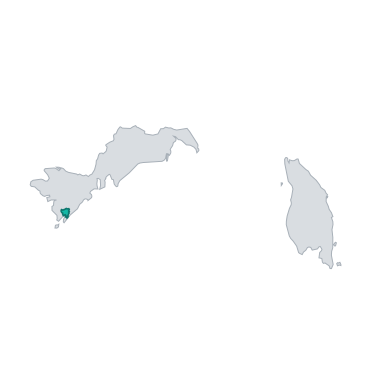 location of Kota Marudu, Sabah, Malaysia, rotated 191°
{"feature_id": "92858781B52597028656426", "entity_name": "Kota Marudu", "entity_type": "district", "adm_level": 2, "iso_a3": "MYS", "parent_name": "Malaysia", "parent_adm1": "Sabah", "projection": "natural_earth1", "projection_center": [116.764, 6.454], "detail": "fine", "context": "in_parent", "style": "filled", "palette": "teal", "viewbox_px": 384, "rotation_deg": 191, "n_neighbors": 0, "source": "geoboundaries", "source_scale": "gbopen_adm2", "svg_char_len": 5480}
<svg xmlns="http://www.w3.org/2000/svg" viewBox="0 0 384 384"><g transform="rotate(191 192 192)"><path d="M324.7,190.8L322.7,190.4L319.9,188.4L317.0,187.7L308.6,187.6L307.4,187.0L305.7,188.2L302.8,187.2L301.2,187.3L299.3,188.5L296.7,187.4L295.4,189.2L293.7,190.4L291.9,195.2L291.5,201.0L291.9,204.5L291.0,206.5L290.7,210.5L290.0,212.3L287.7,213.1L286.6,212.5L284.5,215.0L284.0,216.0L283.9,219.9L285.5,221.2L285.5,222.0L282.1,225.3L279.1,227.2L278.6,228.8L279.8,232.3L279.3,233.9L277.7,234.7L276.6,239.2L275.2,242.0L274.6,242.3L272.6,241.4L264.6,242.6L262.3,244.9L260.0,246.4L258.3,245.0L257.4,245.1L250.0,242.6L249.7,240.5L248.9,240.1L241.3,240.3L236.5,242.5L234.8,248.1L232.2,248.7L230.4,250.6L227.1,250.4L225.0,250.9L221.8,250.0L218.8,249.9L209.0,253.5L205.9,250.9L196.4,240.9L195.1,239.2L194.8,236.1L193.7,235.6L193.4,234.8L193.2,233.9L194.7,231.4L196.2,234.6L198.6,236.4L202.6,237.6L206.5,237.2L211.8,240.5L213.6,241.0L215.4,240.8L218.7,243.2L220.8,243.3L218.1,241.6L217.6,240.3L217.9,238.8L219.7,236.9L219.9,233.8L221.2,230.7L221.5,229.3L220.6,228.2L220.3,226.3L221.1,223.7L222.9,225.0L224.4,224.7L224.4,219.9L225.5,217.8L227.3,216.4L245.6,211.6L248.6,210.5L250.6,209.1L257.2,198.9L265.0,189.4L266.1,186.1L266.0,183.7L266.5,183.1L267.3,182.8L269.0,184.1L269.9,185.0L271.5,189.1L273.1,189.2L275.6,193.1L276.2,193.6L276.9,193.3L278.9,190.8L279.5,189.0L279.1,188.7L280.0,186.6L279.2,185.2L278.5,180.4L283.1,177.0L283.0,180.9L284.4,186.6L286.6,187.5L287.8,187.1L287.2,185.4L287.0,182.0L286.3,179.8L284.9,177.0L288.7,176.4L291.7,173.3L292.1,171.4L290.2,170.3L289.5,168.8L289.5,167.3L292.5,163.7L292.8,164.7L294.7,165.0L295.6,164.9L297.0,163.5L297.6,161.4L299.9,158.4L301.2,153.7L307.1,146.3L311.7,137.4L312.6,138.1L312.9,140.5L311.8,144.7L313.9,143.7L317.4,137.8L319.4,138.7L319.3,140.4L320.1,143.3L325.9,147.2L326.7,151.0L325.4,152.4L325.8,156.1L325.4,157.3L323.5,158.3L328.7,157.3L331.7,155.1L333.5,158.8L330.6,160.2L331.2,161.7L334.0,160.8L335.7,159.6L337.4,159.8L340.1,161.3L340.9,162.1L341.4,163.9L343.3,164.5L347.3,167.0L350.9,166.9L352.2,168.2L352.1,171.3L350.2,173.2L342.6,175.8L340.7,175.7L337.9,174.7L335.9,175.3L334.7,178.3L337.0,181.4L340.9,184.5L341.4,185.3L340.6,186.9L331.8,189.3L330.0,189.1L326.7,187.5L324.7,190.8ZM39.6,147.8L40.5,143.4L41.9,143.2L43.3,145.7L47.9,147.7L49.3,147.0L49.9,147.4L50.6,148.1L51.9,151.5L54.8,151.6L55.1,157.0L53.7,159.1L53.5,160.5L55.7,163.0L56.9,162.4L58.0,160.1L62.9,157.9L64.9,160.3L66.8,160.3L68.1,159.5L69.2,156.5L71.1,154.3L71.9,151.6L74.7,152.3L75.8,152.9L78.9,158.8L83.1,162.9L86.2,165.2L88.1,167.4L93.2,177.9L93.8,181.4L94.0,186.6L93.2,194.5L92.2,198.4L92.4,200.3L93.7,203.1L93.3,205.8L93.5,214.2L95.0,217.2L99.5,220.9L106.2,237.2L107.3,241.7L106.7,243.5L105.5,243.9L104.4,243.0L103.8,240.8L102.3,239.0L102.4,242.2L99.6,241.8L97.6,242.3L95.2,244.5L94.1,244.6L92.0,240.5L84.5,235.8L81.7,234.6L78.8,231.1L72.3,227.2L68.1,223.4L66.3,221.0L62.0,219.0L60.2,216.5L58.4,215.1L59.3,212.8L58.5,208.2L55.5,204.0L54.0,201.1L51.2,198.3L49.0,194.7L50.3,193.6L48.1,189.8L47.4,187.0L47.4,181.7L45.1,174.3L43.2,164.0L43.6,160.4L43.1,156.5L39.6,147.8ZM317.6,134.0L316.6,135.0L316.4,132.3L317.7,130.8L319.6,130.5L319.7,133.0L319.2,133.7L317.6,134.0ZM35.1,147.3L36.3,149.4L35.4,150.5L34.7,150.2L33.4,151.2L32.0,149.2L31.8,148.2L33.5,148.4L35.1,147.3ZM223.5,224.0L223.0,224.3L222.2,223.6L222.1,217.9L222.6,217.4L223.3,218.5L223.5,224.0ZM43.0,167.3L41.7,170.0L40.6,169.7L40.8,166.6L41.5,166.2L43.0,167.3ZM329.8,190.5L327.5,190.9L325.9,190.8L326.1,189.3L326.9,189.1L329.8,190.5ZM106.2,218.0L105.0,218.1L104.7,217.4L105.6,215.4L106.2,218.0ZM58.8,213.2L57.9,213.5L58.0,212.3L58.6,211.7L58.8,213.2Z" fill="#d9dde1" stroke="#a8b0b8" stroke-width="1"/><path d="M309.5,151.9L309.8,152.2L310.0,152.1L310.2,151.9L310.3,151.9L310.5,151.8L310.9,151.8L310.9,151.7L311.0,151.6L311.4,151.7L311.5,151.7L311.7,151.8L311.8,151.9L312.0,151.9L312.0,151.7L312.3,151.6L312.6,151.6L312.7,151.3L312.9,151.2L313.1,151.2L313.2,150.9L313.4,150.9L313.8,150.6L314.0,150.4L314.1,150.2L314.3,150.1L314.5,150.2L314.8,149.8L315.2,149.8L315.4,149.6L315.6,149.5L316.0,149.6L316.1,149.8L316.3,149.9L316.6,149.9L316.8,149.9L316.9,149.5L316.8,149.4L316.9,149.2L317.0,148.9L316.9,148.7L316.7,148.6L316.8,148.4L316.8,148.1L316.7,147.9L316.6,147.7L316.2,147.3L316.0,147.1L315.9,146.9L315.7,146.8L315.2,146.8L314.9,146.7L314.8,146.2L314.8,145.6L314.6,145.4L314.4,145.2L314.2,144.7L314.0,144.3L313.9,144.2L313.7,144.2L313.3,144.3L313.0,144.5L312.9,144.9L312.9,145.1L312.7,145.2L312.4,145.3L312.2,145.4L312.1,145.5L312.0,145.4L311.9,145.4L311.8,145.2L311.7,145.2L311.4,145.0L311.3,144.9L311.3,144.7L311.4,144.4L311.4,144.2L311.3,143.9L311.3,143.7L311.3,143.3L311.1,143.3L310.9,143.3L310.7,143.3L310.4,143.3L310.1,143.1L309.8,143.1L309.6,143.1L309.4,143.2L309.5,143.0L309.4,143.0L309.4,142.9L309.3,143.0L309.2,143.1L309.1,143.4L309.1,143.5L309.3,143.6L309.5,143.8L309.7,144.0L309.8,144.1L309.7,144.2L309.6,144.4L309.4,144.6L309.3,144.8L309.4,145.0L309.2,145.1L309.3,145.3L309.3,145.5L309.2,145.6L309.1,145.8L309.2,146.0L309.1,146.3L309.1,146.5L309.0,146.8L308.9,146.9L308.9,147.0L308.7,147.4L308.8,147.5L308.7,147.6L308.8,147.8L308.7,147.9L308.7,148.0L308.7,148.3L308.8,148.5L309.0,148.6L308.9,148.7L308.9,148.8L308.9,149.1L309.0,149.2L308.9,149.3L308.8,149.5L309.1,149.6L309.4,149.7L309.5,149.7L309.6,149.8L309.6,150.1L309.5,150.4L309.5,150.5L309.4,150.7L309.3,150.8L309.2,150.8L309.1,151.1L309.1,151.6L309.4,151.7L309.5,151.9Z" fill="#14b8a6" stroke="#0f766e" stroke-width="1.5"/></g></svg>